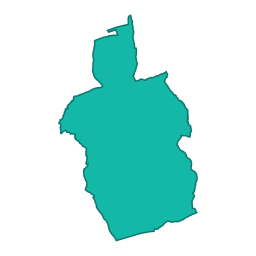 the district of Alimpesti, Gorj, Romania
{"feature_id": "2599482B52876702526181", "entity_name": "Alimpesti", "entity_type": "district", "adm_level": 2, "iso_a3": "ROU", "parent_name": "Romania", "parent_adm1": "Gorj", "projection": "orthographic", "projection_center": [23.791, 45.109], "detail": "fine", "context": "isolated", "style": "filled", "palette": "teal", "viewbox_px": 256, "rotation_deg": 0, "n_neighbors": 0, "source": "geoboundaries", "source_scale": "gbopen_adm2", "svg_char_len": 5755}
<svg xmlns="http://www.w3.org/2000/svg" viewBox="0 0 256 256"><path d="M116.2,240.6L138.4,234.0L143.0,232.9L148.9,231.8L154.0,231.3L154.5,229.2L155.7,229.1L156.4,229.2L158.0,228.9L158.3,228.4L159.4,227.4L160.2,227.2L160.4,226.8L161.2,226.4L161.4,226.0L161.7,225.7L162.5,225.6L163.0,225.3L163.6,224.3L164.2,223.8L164.8,223.0L167.8,221.0L169.0,221.1L170.0,221.8L171.3,222.1L173.4,221.9L174.5,221.6L178.4,221.6L180.1,220.7L180.8,220.6L182.7,219.8L184.0,218.8L185.1,218.3L186.1,217.3L188.1,216.8L189.2,215.8L190.9,215.2L192.6,214.1L195.1,213.5L196.8,212.5L196.3,211.9L195.1,209.1L194.1,208.5L192.8,208.4L192.5,208.2L192.0,202.6L192.1,200.9L192.8,199.5L193.1,198.2L193.9,197.6L194.3,196.5L194.3,195.9L194.1,195.1L192.8,193.1L194.3,191.7L194.3,191.2L194.9,189.0L194.9,187.5L195.6,184.9L195.7,183.7L195.5,182.9L195.5,182.4L196.2,182.0L197.0,179.5L197.1,178.5L197.0,176.3L196.6,175.2L196.4,174.2L195.5,172.4L195.1,172.0L192.9,170.7L190.9,169.0L190.9,168.5L191.5,164.9L191.4,161.8L191.1,161.1L190.0,159.4L187.7,157.9L186.0,156.2L186.3,155.5L186.1,154.5L185.4,153.5L184.2,152.2L181.7,150.8L180.3,150.3L179.3,148.3L178.3,147.2L178.0,145.9L177.1,145.3L176.9,144.7L177.0,144.2L177.5,143.5L177.5,142.5L178.0,141.1L179.0,140.1L181.0,137.4L181.1,137.0L181.0,135.6L185.9,135.7L188.5,136.8L190.0,136.9L190.1,136.6L189.9,135.9L190.4,135.2L190.2,133.1L190.6,132.6L190.4,132.3L190.5,132.1L191.0,131.8L191.0,131.5L191.2,131.2L191.1,130.7L191.3,130.4L191.1,129.8L191.1,128.8L190.9,128.1L190.5,127.8L190.8,126.8L190.5,126.5L190.5,126.1L190.2,126.0L190.2,125.7L189.7,125.2L188.9,124.9L188.5,124.0L188.4,123.5L188.5,123.1L188.2,122.7L188.3,122.2L187.7,122.0L187.8,121.5L187.2,121.3L187.1,121.1L187.8,120.1L187.9,119.7L187.6,119.3L188.0,119.0L187.9,118.7L187.6,118.4L188.0,118.0L187.6,117.7L188.0,117.4L188.1,116.7L187.9,115.8L187.6,115.4L188.0,115.0L187.9,114.0L187.5,113.6L187.5,113.0L187.8,112.4L187.9,111.9L187.9,111.5L187.6,111.3L187.5,111.0L187.6,109.6L186.5,109.2L186.1,108.3L185.4,107.6L184.9,107.3L185.0,106.8L184.4,106.2L184.7,105.6L184.6,105.1L183.9,104.4L183.8,103.9L183.3,103.9L183.2,103.3L182.8,103.1L182.8,102.6L182.7,102.4L182.2,102.5L182.1,102.1L181.6,101.9L181.6,101.5L180.8,100.7L180.2,100.5L179.8,100.7L178.6,100.4L178.3,99.2L177.7,98.6L177.5,97.9L177.1,97.8L176.5,97.1L176.1,96.4L176.2,95.9L176.0,95.7L175.2,94.9L174.2,95.1L173.7,94.9L173.6,94.4L172.7,92.8L171.6,91.9L171.0,91.1L170.3,90.6L169.2,88.7L168.8,88.4L168.8,88.1L168.0,86.9L167.6,85.8L167.0,85.4L166.5,84.6L166.4,84.2L165.8,83.7L164.5,81.9L164.6,81.1L165.0,80.8L164.9,80.0L165.0,79.4L165.8,78.2L167.1,77.0L167.2,74.6L167.6,74.3L166.7,72.9L166.2,71.7L163.6,73.4L160.6,74.3L158.1,75.7L156.0,76.1L154.0,77.4L153.2,77.6L151.2,77.5L147.6,78.7L146.9,79.0L146.1,80.3L145.1,80.2L144.9,79.9L144.3,80.1L142.0,79.1L141.5,79.4L140.8,79.2L139.5,79.7L139.1,80.1L138.8,80.7L135.5,81.0L134.2,77.9L132.9,75.5L133.5,75.4L133.8,75.0L134.1,74.2L134.4,72.6L135.6,70.3L135.7,69.3L136.0,68.8L136.1,67.8L136.9,65.3L136.7,64.8L137.3,63.9L136.2,59.8L136.2,58.9L135.8,56.9L135.8,55.8L136.2,54.8L136.3,52.3L136.5,51.4L136.5,50.5L136.1,48.2L134.8,48.3L134.5,46.7L134.4,44.1L134.1,43.4L133.9,41.8L132.9,38.2L133.1,35.6L133.6,33.0L133.7,32.0L133.5,30.7L132.9,28.5L132.9,25.9L132.1,24.5L132.1,24.0L132.5,22.0L132.2,21.5L132.3,21.0L132.1,20.6L131.5,19.7L130.6,15.4L129.8,15.5L129.3,15.9L128.7,16.7L128.4,17.4L128.2,19.0L128.3,22.8L128.2,24.5L122.1,25.8L116.2,27.3L107.5,30.4L108.7,32.2L115.9,29.7L116.4,31.5L117.9,35.1L112.6,35.4L109.9,35.7L105.8,36.9L103.6,37.3L95.4,40.3L94.6,40.8L94.7,43.6L94.6,46.0L94.0,48.0L94.0,48.7L93.2,52.1L92.9,54.3L93.0,56.5L93.5,59.1L93.6,61.1L93.2,62.5L93.0,63.9L93.1,66.1L92.7,69.9L92.7,71.5L93.5,73.7L93.6,74.6L94.4,76.8L94.9,77.6L95.7,78.6L98.5,81.0L101.2,83.9L102.0,85.1L102.6,86.5L101.8,87.1L101.0,87.4L99.3,87.7L97.9,87.7L95.3,88.3L92.1,89.5L88.7,91.6L85.1,92.6L83.2,93.9L82.4,93.8L81.8,94.2L81.0,94.3L79.9,95.1L79.1,94.9L78.2,95.8L76.5,96.1L76.1,96.0L75.5,96.2L74.6,96.2L74.5,96.4L73.9,96.8L73.6,97.3L74.0,97.8L73.4,99.0L73.3,99.8L72.7,100.8L72.1,100.7L72.0,101.5L70.7,102.0L70.6,102.3L70.6,103.0L70.3,103.1L69.9,103.7L68.3,104.8L68.5,105.3L67.9,105.6L67.0,107.4L68.0,108.1L68.1,108.3L67.2,108.7L66.4,109.5L65.5,109.0L65.4,109.8L65.5,110.1L65.4,110.7L64.6,111.5L65.0,112.0L64.3,112.6L64.2,114.3L63.0,115.7L63.3,116.3L63.0,117.8L62.6,118.1L62.6,118.5L61.1,119.5L60.9,120.0L60.2,119.9L60.2,120.4L60.0,121.1L60.2,121.3L60.1,121.7L59.9,122.0L59.1,122.5L58.9,123.0L59.0,123.4L59.5,123.5L60.3,124.2L60.5,125.0L61.0,125.5L60.7,126.1L60.6,126.6L60.3,127.2L60.2,127.7L60.9,130.8L60.7,132.1L60.8,133.3L61.2,133.6L62.8,131.9L65.9,130.2L66.8,131.6L66.6,132.2L67.9,132.4L69.3,132.2L70.2,133.3L70.5,134.1L71.2,133.8L72.2,133.8L75.1,134.2L74.9,135.0L75.2,135.1L74.9,136.5L74.8,137.5L75.7,138.2L75.3,139.0L78.9,141.7L79.6,142.6L79.7,143.2L80.6,143.8L81.5,144.0L82.1,144.8L82.2,145.4L82.5,146.0L85.5,147.5L86.3,148.6L86.4,148.9L86.2,150.5L86.3,151.0L85.9,151.6L86.2,152.1L85.8,153.3L85.9,154.0L86.0,154.8L86.3,155.1L86.1,155.6L86.8,155.6L86.8,156.0L87.1,156.3L86.9,157.4L87.4,158.3L87.0,158.6L86.9,159.6L86.6,160.3L86.6,161.4L85.9,163.6L86.1,163.9L86.6,164.2L87.8,163.8L87.9,164.5L87.6,165.7L87.3,166.3L86.2,167.2L85.1,168.5L84.2,168.9L83.8,169.9L84.0,170.6L83.6,171.3L83.8,172.3L83.9,176.1L84.7,177.3L85.5,180.0L86.1,180.7L86.2,181.0L86.5,181.3L87.0,184.5L86.8,185.4L85.4,189.2L85.3,189.4L85.8,190.1L87.4,191.4L88.5,192.0L90.0,192.4L91.2,193.3L91.4,194.1L93.1,194.7L94.3,195.6L94.3,196.1L93.7,196.4L93.0,197.8L93.7,198.2L94.2,199.2L94.4,199.7L95.2,200.7L95.1,200.9L95.1,202.2L96.2,204.2L96.5,207.3L99.7,212.0L101.9,214.3L103.8,218.5L106.1,220.7L106.8,222.0L107.5,223.0L108.6,226.6L108.9,228.7L109.6,230.7L111.8,234.1L114.9,237.7L115.8,239.4L116.2,240.6Z" fill="#14b8a6" stroke="#0f766e" stroke-width="1.5"/></svg>